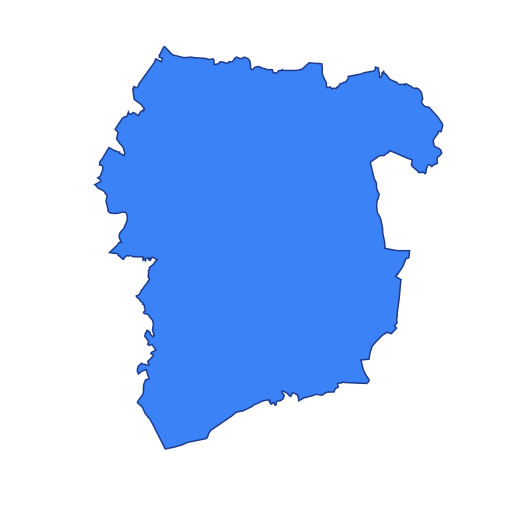 the district of Tarímbaro, Michoacán, Mexico, rotated 278°
{"feature_id": "50627088B67720423022002", "entity_name": "Tarímbaro", "entity_type": "district", "adm_level": 2, "iso_a3": "MEX", "parent_name": "Mexico", "parent_adm1": "Michoacán", "projection": "robinson", "projection_center": [-101.153, 19.816], "detail": "fine", "context": "isolated", "style": "filled", "palette": "blue", "viewbox_px": 512, "rotation_deg": 278, "n_neighbors": 0, "source": "geoboundaries", "source_scale": "gbopen_adm2", "svg_char_len": 6117}
<svg xmlns="http://www.w3.org/2000/svg" viewBox="0 0 512 512"><g transform="rotate(278 256 256)"><path d="M441.9,298.3L446.2,296.1L452.0,295.4L455.4,294.5L455.2,291.2L455.6,291.1L455.1,289.5L454.7,281.7L446.9,275.1L447.0,274.3L445.8,271.8L444.9,267.1L443.4,256.1L444.1,256.1L443.2,254.7L442.6,252.5L439.7,251.1L440.1,249.3L439.9,247.5L442.6,246.4L442.8,246.0L442.1,241.0L442.8,238.8L442.9,235.7L444.1,232.7L443.0,229.0L442.7,228.5L440.2,227.0L440.0,225.2L442.7,224.1L445.1,223.9L448.5,222.6L450.3,220.6L451.3,216.6L449.9,214.9L449.2,213.2L450.3,208.9L448.5,207.3L445.2,205.6L444.8,205.0L444.6,202.1L442.7,201.0L443.5,195.4L443.1,193.1L442.2,192.8L441.0,191.7L439.8,188.4L440.0,187.9L444.3,187.0L444.9,186.5L445.2,185.7L444.0,182.2L444.6,178.4L443.8,166.9L444.0,164.5L442.4,157.2L442.7,153.5L443.4,146.7L443.8,145.0L450.5,136.5L450.0,135.4L441.7,132.7L441.7,132.3L439.3,132.6L438.9,135.7L435.1,135.1L437.2,130.0L436.6,129.6L436.8,129.1L433.6,128.5L410.3,116.2L406.8,115.4L405.9,114.1L406.9,111.7L405.8,111.1L404.2,111.6L404.0,110.8L394.1,113.6L390.0,121.3L387.1,124.0L387.2,124.3L385.3,125.2L385.0,124.1L384.7,123.7L384.5,124.0L383.6,123.8L383.9,123.1L382.3,121.3L378.7,120.1L380.9,115.2L381.0,114.2L378.8,112.7L378.8,111.9L379.9,110.1L380.7,109.6L378.1,109.2L375.8,108.2L375.4,106.2L373.7,104.4L361.9,98.9L359.3,102.2L352.5,101.7L348.6,105.3L345.4,109.2L339.8,111.7L337.2,111.5L338.7,106.6L339.8,106.6L340.1,103.2L340.8,102.2L340.8,100.9L342.9,95.2L331.2,90.4L327.4,88.2L324.4,88.4L324.1,91.1L323.2,91.8L319.3,92.2L315.9,91.1L314.0,91.0L312.5,89.8L311.4,88.3L310.0,91.3L308.3,91.9L304.2,86.5L303.9,87.5L303.3,87.7L301.2,90.3L299.7,94.9L298.7,96.8L296.5,98.5L295.6,100.2L289.3,99.8L282.7,102.6L279.9,103.2L279.2,104.4L278.4,104.9L278.2,108.6L278.5,109.6L278.7,112.1L280.9,117.8L281.2,120.7L279.4,122.2L276.8,123.1L273.4,123.5L265.0,121.3L260.1,118.1L257.3,117.7L255.1,118.0L250.6,120.9L250.8,119.6L250.1,118.4L247.6,117.3L239.0,110.4L239.0,114.1L238.8,115.6L239.4,117.5L238.8,118.8L237.3,119.6L237.1,121.0L236.7,121.1L234.2,124.7L234.3,125.2L235.1,125.8L236.4,125.9L238.4,128.2L238.3,130.2L239.0,131.6L238.2,134.6L239.4,144.7L237.1,144.4L236.2,144.8L237.5,145.5L235.9,147.2L238.4,147.5L238.7,148.8L238.4,149.6L239.2,150.0L239.0,151.0L237.2,150.6L237.1,152.1L239.3,152.5L240.4,153.4L238.7,158.7L236.8,157.6L237.0,157.2L233.3,155.4L229.7,152.0L228.3,152.3L226.2,151.5L224.7,152.0L221.7,152.0L219.6,152.4L219.5,153.4L217.8,153.7L216.0,152.5L215.1,152.6L214.9,152.2L205.3,147.0L202.5,146.2L200.9,145.1L199.8,143.0L198.7,143.5L197.5,145.8L194.9,148.4L193.8,150.5L192.7,150.3L191.9,152.1L189.9,152.6L187.2,153.9L186.3,153.8L185.6,153.0L184.5,152.5L184.0,152.6L183.3,154.2L183.3,156.1L182.9,157.5L180.6,159.3L178.1,162.4L174.1,163.9L168.3,163.8L163.3,166.2L163.0,165.8L161.7,165.5L162.1,164.6L163.9,162.2L165.6,161.8L165.8,160.4L166.4,160.3L167.2,159.1L167.0,158.2L165.8,158.3L164.0,157.2L163.8,157.6L161.3,156.9L160.5,157.4L160.2,158.4L159.6,158.5L156.7,161.4L156.1,161.6L153.6,161.0L152.6,162.5L153.9,165.2L148.9,170.0L145.8,165.7L144.6,165.5L144.0,167.6L143.1,168.2L138.5,165.1L137.0,163.7L135.4,163.7L134.2,165.1L133.6,165.4L133.2,165.1L132.7,163.0L133.3,161.0L133.2,158.8L133.9,157.6L131.2,155.3L129.9,154.6L127.2,154.3L125.2,154.6L122.8,156.0L126.1,159.1L128.2,163.0L119.3,167.3L118.1,164.0L117.7,163.8L113.5,162.8L110.0,162.9L109.2,163.3L109.2,162.9L106.3,163.4L103.5,163.3L96.1,159.4L94.4,158.9L90.4,164.6L84.6,168.2L82.7,170.4L81.3,171.5L79.5,174.1L77.5,175.1L76.0,176.5L52.3,193.0L55.2,201.2L58.6,208.9L61.9,214.1L68.3,232.1L69.6,233.1L73.9,233.9L77.2,235.6L94.1,254.1L97.8,257.4L99.0,259.0L100.9,264.8L106.3,272.8L108.5,274.8L110.4,278.3L113.1,282.2L114.7,286.2L115.2,289.0L114.9,290.1L113.5,289.4L112.8,290.2L112.8,290.7L111.3,291.5L111.3,291.8L113.3,293.3L112.6,294.4L111.2,295.3L110.9,295.9L111.2,296.3L113.0,296.7L114.0,296.3L115.6,297.5L115.8,299.9L118.3,302.7L119.2,302.6L121.1,303.4L122.7,302.9L124.0,300.8L125.8,300.5L125.3,304.0L124.5,306.1L123.8,306.8L123.8,307.2L123.2,307.4L122.5,308.3L121.8,309.9L126.0,311.4L124.4,316.0L121.4,317.8L118.6,318.5L122.2,323.3L125.3,330.8L127.1,334.1L127.5,335.4L127.3,339.2L127.8,341.8L128.8,342.1L131.2,345.7L132.2,352.2L135.5,352.9L137.7,355.7L140.8,354.5L141.6,355.0L142.1,358.2L143.3,359.8L143.1,362.1L145.2,383.4L147.2,385.0L148.9,385.4L153.6,381.3L158.3,378.1L167.6,374.4L169.6,382.3L175.3,382.3L182.7,383.5L186.4,385.8L195.2,392.2L198.7,396.5L197.9,400.8L204.2,405.3L206.2,402.8L209.3,405.0L213.1,404.1L216.7,404.1L216.6,403.8L233.2,403.7L252.3,402.8L252.6,403.0L255.4,397.0L257.4,398.0L257.2,398.6L266.2,402.9L274.6,405.0L274.8,406.5L275.7,407.6L282.7,407.4L281.1,396.6L281.0,392.7L281.5,382.8L288.2,381.2L297.2,378.1L300.8,377.6L309.8,374.4L313.4,372.1L315.0,370.6L317.2,369.8L323.1,368.3L328.2,368.3L330.3,369.1L334.4,369.3L338.9,366.3L345.3,364.9L349.1,362.2L364.8,356.1L372.5,364.4L373.3,368.7L376.1,371.3L376.7,372.7L378.8,373.6L377.6,379.1L373.9,392.3L373.0,397.2L368.0,397.5L367.9,397.2L366.4,398.4L362.7,404.1L362.7,404.8L361.3,405.3L361.5,407.4L362.3,409.9L361.0,412.0L362.0,412.7L365.4,412.5L370.3,413.7L370.3,416.4L369.0,417.1L369.3,418.0L370.5,418.5L372.9,422.5L373.2,422.7L378.4,421.6L381.7,424.5L383.6,425.5L384.3,425.5L384.9,424.8L386.3,424.5L387.7,422.6L389.6,417.2L394.9,415.3L397.6,416.3L402.3,418.9L403.6,419.3L404.9,419.2L404.8,422.0L411.5,422.7L412.8,422.2L418.7,416.9L426.5,407.7L427.4,406.4L427.6,402.2L430.1,399.4L431.8,398.1L434.6,399.3L441.1,397.0L443.9,393.9L444.7,391.2L444.1,391.1L444.2,388.2L445.7,385.6L447.3,381.2L447.1,379.3L446.0,379.3L446.5,376.9L445.6,374.3L446.2,372.7L447.5,371.2L449.0,365.6L450.1,363.3L453.6,359.9L455.3,357.2L457.2,356.4L454.8,356.3L454.8,355.3L452.1,355.7L451.6,355.1L450.4,354.7L450.1,354.3L450.3,354.1L450.2,353.2L453.4,353.0L457.6,351.3L459.1,351.2L459.7,348.0L456.0,347.9L452.4,337.3L450.9,334.7L446.6,322.3L445.8,323.0L442.7,321.7L440.6,320.4L440.3,319.0L439.2,317.6L438.1,315.1L436.7,314.8L435.5,313.7L434.5,313.7L434.4,312.6L433.1,312.3L432.8,311.9L433.2,310.3L432.0,307.6L433.5,306.7L433.6,305.9L432.6,302.5L437.6,301.4L441.9,298.3Z" fill="#3b82f6" stroke="#1e3a8a" stroke-width="1.5"/></g></svg>